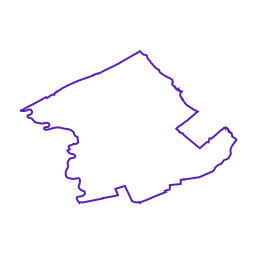 Corni, Botosani, Romania (Natural Earth projection), rotated 3°
{"feature_id": "2599482B25068915216975", "entity_name": "Corni", "entity_type": "district", "adm_level": 2, "iso_a3": "ROU", "parent_name": "Romania", "parent_adm1": "Botosani", "projection": "natural_earth1", "projection_center": [26.578, 47.651], "detail": "fine", "context": "isolated", "style": "outline", "palette": "violet", "viewbox_px": 256, "rotation_deg": 3, "n_neighbors": 0, "source": "geoboundaries", "source_scale": "gbopen_adm2", "svg_char_len": 5757}
<svg xmlns="http://www.w3.org/2000/svg" viewBox="0 0 256 256"><g transform="rotate(3 128 128)"><path d="M213.7,167.5L214.5,167.1L215.8,165.9L216.2,165.5L216.5,164.9L216.7,164.1L217.1,163.3L218.7,161.3L219.1,160.8L223.1,158.7L223.4,158.4L225.2,155.6L225.6,155.2L226.6,154.6L227.2,154.4L228.7,153.8L229.7,153.2L230.0,152.7L231.8,149.1L231.9,148.7L232.0,148.3L232.0,147.8L231.5,145.4L231.5,144.9L231.5,144.5L231.7,143.7L232.3,141.5L232.7,140.7L235.1,136.8L236.5,135.0L236.7,134.5L236.7,133.7L235.7,132.9L232.5,131.0L232.2,129.4L232.0,128.8L231.9,128.3L231.6,127.5L231.2,127.4L231.1,127.6L230.6,127.4L230.4,126.8L230.1,126.5L229.7,126.5L229.0,126.7L228.8,126.6L228.8,126.4L228.5,126.0L228.6,125.6L228.2,125.4L228.4,124.8L228.5,124.7L228.1,124.2L227.9,123.9L226.9,123.1L226.6,122.8L226.4,122.5L226.1,122.7L226.0,123.1L225.5,123.0L225.4,123.4L225.1,122.9L224.8,123.0L224.6,122.9L224.2,122.5L223.6,123.0L223.1,123.8L222.1,124.5L219.8,126.4L215.4,130.8L214.0,132.3L212.8,133.2L211.6,134.3L210.0,134.0L209.1,137.3L209.3,138.0L209.0,138.2L208.3,137.9L207.9,138.0L207.1,138.2L205.6,139.8L200.8,144.4L199.5,143.5L197.2,141.9L194.7,139.9L190.7,137.0L189.5,136.1L189.0,135.8L184.2,132.2L182.9,130.4L182.6,130.3L182.2,130.4L181.5,130.4L181.1,130.2L180.6,129.7L180.1,129.4L179.8,129.2L179.6,129.2L179.3,129.2L179.3,128.9L179.1,128.4L178.4,127.7L177.2,127.1L176.6,126.7L176.2,126.2L177.0,125.4L178.5,124.0L181.0,121.9L181.2,122.0L182.1,121.1L184.6,119.0L185.9,118.1L193.4,111.1L195.8,108.7L196.8,108.0L195.2,107.2L193.3,106.5L192.2,106.0L190.3,104.7L189.4,104.3L188.7,103.8L186.9,102.8L186.4,102.7L185.9,102.2L185.0,101.6L183.5,100.0L183.0,99.3L180.5,96.5L181.0,96.3L180.6,95.8L180.0,95.2L178.8,93.8L178.5,93.2L178.4,91.9L178.5,90.5L178.8,90.3L179.9,88.7L177.0,88.1L177.0,87.8L176.9,87.8L177.0,87.3L175.3,87.3L175.2,86.9L174.9,86.9L174.8,86.7L175.1,86.4L174.2,86.6L173.6,85.5L173.0,85.4L172.6,85.2L172.3,84.6L172.6,84.2L169.9,82.5L169.9,80.6L170.4,80.2L170.1,79.6L169.8,77.7L167.9,76.4L164.8,75.2L161.1,73.4L156.9,70.7L156.5,70.1L155.9,68.3L154.2,67.7L153.0,66.9L151.1,65.3L149.3,63.2L148.0,62.1L147.3,61.3L146.8,60.3L144.7,58.3L144.3,57.8L143.4,56.3L143.3,55.3L142.9,54.7L142.2,54.3L141.0,54.0L139.9,54.0L139.4,53.7L138.2,52.8L136.0,50.7L132.2,53.2L129.1,55.1L127.3,56.3L120.4,60.8L119.4,61.3L117.1,63.0L116.3,63.4L115.4,64.1L115.0,64.5L114.3,64.7L113.4,65.1L113.0,65.3L112.2,65.9L111.1,66.5L103.7,70.7L103.3,70.9L102.6,71.0L102.3,71.3L101.9,71.6L99.6,72.9L98.6,73.6L95.5,75.4L95.2,75.3L95.1,75.0L91.6,76.4L90.9,76.7L91.1,77.1L88.0,78.3L86.3,79.1L83.8,80.1L82.6,80.7L80.5,81.5L76.6,83.1L71.8,85.4L66.0,88.5L59.9,92.0L57.5,94.0L55.2,95.2L55.3,95.6L53.5,96.5L53.0,97.6L52.9,98.0L52.6,98.7L52.1,98.2L49.0,99.5L48.4,100.2L48.4,100.3L45.6,102.4L45.3,102.0L45.1,102.0L44.6,101.4L40.1,104.2L36.9,106.3L32.7,108.7L32.7,108.8L28.1,111.4L21.5,115.5L19.3,116.3L21.4,116.6L23.2,116.5L24.5,116.2L26.1,115.7L27.8,114.8L28.2,114.7L29.2,114.7L30.1,115.0L30.7,115.6L31.0,116.0L31.2,116.4L31.3,117.1L31.3,117.5L31.1,118.3L30.8,118.9L30.5,119.2L29.2,119.9L28.0,120.4L27.3,120.8L27.1,121.2L27.0,121.6L27.1,122.1L27.4,122.4L28.0,122.8L30.8,123.5L31.5,123.8L32.3,124.5L34.6,126.7L35.3,127.1L35.8,127.3L38.3,127.7L41.8,128.1L42.8,128.0L44.9,127.3L46.3,127.1L47.5,127.1L47.8,127.2L48.5,127.5L49.1,128.2L49.3,128.8L49.2,130.0L48.9,130.5L48.5,130.9L47.9,131.1L45.8,131.5L44.9,131.8L44.5,132.1L44.2,132.4L44.2,132.9L44.5,133.5L45.0,133.8L45.4,134.0L46.0,134.1L46.5,134.1L48.4,133.6L50.0,133.3L51.2,132.7L53.7,131.9L56.1,131.3L57.5,131.1L58.6,131.1L60.4,131.2L61.8,131.5L64.5,132.0L68.5,132.3L70.0,132.7L71.4,133.2L72.8,134.1L73.4,134.6L73.7,134.9L74.5,136.4L74.7,137.1L74.8,137.5L75.4,138.3L75.8,138.7L76.5,139.1L78.0,139.7L78.1,140.7L78.7,143.2L79.1,144.9L78.2,145.8L77.6,146.3L76.7,146.6L76.1,146.7L75.3,146.7L74.5,146.6L73.5,147.5L71.9,148.0L71.1,148.4L70.0,149.0L69.6,149.4L69.7,149.8L69.9,150.4L70.4,151.3L70.9,152.0L71.0,152.2L70.3,152.9L68.6,153.6L69.2,154.4L69.7,155.0L70.2,155.7L70.7,156.1L71.0,156.3L71.8,156.5L74.6,157.1L75.8,157.5L76.3,157.9L76.6,158.3L76.7,158.7L76.7,159.1L76.7,159.5L76.5,159.9L76.2,160.3L72.4,161.3L71.8,161.5L71.5,161.8L70.1,164.0L69.6,165.3L69.5,166.2L69.6,167.0L70.2,169.2L70.2,169.5L70.2,169.9L69.6,171.6L68.4,173.8L68.3,174.2L68.2,175.0L68.2,176.9L68.4,178.7L69.0,179.8L69.5,180.4L70.2,180.7L70.8,181.0L73.4,181.5L75.8,181.8L76.9,181.6L79.8,180.9L81.0,180.7L81.5,180.8L81.9,181.1L82.2,181.4L82.6,182.0L82.8,182.7L82.8,183.5L82.5,186.7L81.9,188.2L81.8,188.8L81.8,189.6L82.0,190.2L82.3,190.7L82.6,191.0L83.8,192.0L84.6,192.5L85.7,193.0L87.2,193.4L87.5,193.5L87.8,193.8L88.1,194.3L88.3,194.6L88.3,195.0L88.3,195.9L88.0,196.5L87.6,197.1L86.9,197.6L85.6,198.4L84.9,198.7L82.0,199.2L81.4,199.4L80.9,199.7L80.5,200.1L80.4,200.6L80.5,201.1L80.7,201.6L81.7,203.3L83.3,205.3L83.6,204.8L84.1,204.6L84.7,204.7L85.2,204.8L85.5,204.8L87.1,204.5L87.3,204.6L87.8,204.5L95.9,202.4L105.8,199.9L106.9,199.6L106.7,199.2L109.7,198.6L115.7,197.2L121.5,195.7L121.3,195.1L120.9,194.4L120.7,193.8L120.4,193.3L120.2,192.7L119.8,192.1L119.3,191.1L119.2,190.7L118.8,190.1L118.6,189.5L127.9,186.0L128.0,186.3L130.0,189.9L130.8,191.4L131.6,192.8L132.3,194.1L132.9,195.3L133.4,196.0L134.2,197.7L135.6,200.3L135.7,200.7L138.0,201.5L139.1,201.8L141.1,201.8L143.1,201.4L143.1,201.8L143.2,202.1L143.7,202.3L145.9,200.8L148.8,199.5L150.5,198.9L152.5,197.8L153.5,197.4L154.9,196.6L161.7,193.3L163.6,192.4L166.8,191.1L168.5,190.2L169.3,189.9L169.2,189.7L168.8,189.2L168.4,188.8L168.9,188.7L169.2,188.4L172.9,187.2L172.9,185.8L172.8,182.8L181.7,181.5L183.6,181.1L183.4,177.0L183.8,177.0L185.7,176.6L186.4,176.7L186.4,176.3L187.8,176.2L188.8,176.0L191.9,175.5L198.1,174.1L202.0,173.4L202.9,172.9L203.5,172.5L211.0,168.8L211.3,168.5L213.7,167.5Z" fill="none" stroke="#5b21b6" stroke-width="2"/></g></svg>